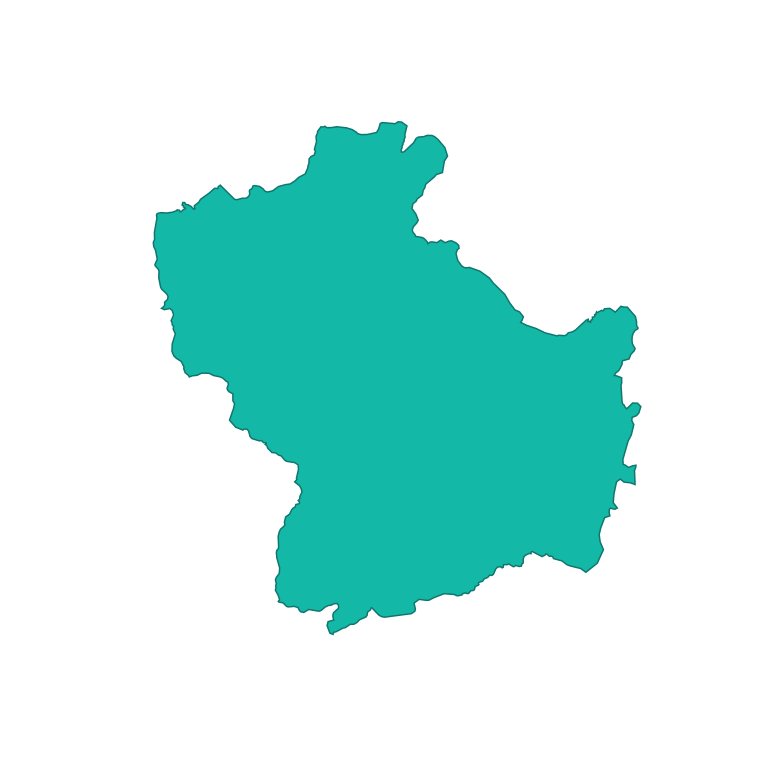 outline of Walikale, Nord-Kivu, Democratic Republic of the Congo, rotated 289°
{"feature_id": "63176286B33968238717987", "entity_name": "Walikale", "entity_type": "district", "adm_level": 2, "iso_a3": "COD", "parent_name": "Democratic Republic of the Congo", "parent_adm1": "Nord-Kivu", "projection": "orthographic", "projection_center": [28.228, -1.084], "detail": "fine", "context": "isolated", "style": "filled", "palette": "teal", "viewbox_px": 768, "rotation_deg": 289, "n_neighbors": 0, "source": "geoboundaries", "source_scale": "gbopen_adm2", "svg_char_len": 6171}
<svg xmlns="http://www.w3.org/2000/svg" viewBox="0 0 768 768"><g transform="rotate(289 384 384)"><path d="M299.5,249.7L294.9,257.7L294.5,265.6L295.7,266.2L296.7,269.0L295.6,271.1L290.7,274.5L289.4,276.9L289.6,284.2L290.5,286.9L289.3,289.2L290.0,291.2L289.7,292.1L288.2,291.3L287.6,293.2L285.3,295.1L282.7,300.4L283.6,303.9L282.4,307.8L282.6,310.1L279.7,314.9L279.2,317.1L280.6,325.3L279.7,328.7L279.0,329.4L275.1,331.0L266.3,331.9L265.3,332.8L262.4,331.4L260.1,337.6L257.9,339.9L255.1,341.6L250.5,341.1L247.8,341.7L245.9,340.8L244.9,342.5L243.8,342.8L242.9,342.4L241.4,339.9L238.9,340.1L236.9,338.4L235.1,337.7L230.2,337.1L226.3,334.3L220.9,334.8L218.9,336.1L217.6,336.0L213.1,333.5L210.4,333.1L205.6,333.5L195.7,337.4L193.9,337.7L191.6,336.8L189.6,337.1L184.7,339.3L176.3,345.1L174.3,345.8L170.6,346.6L166.3,345.2L163.5,345.1L160.1,347.2L157.9,347.3L156.6,348.1L153.6,348.5L150.0,352.5L146.7,355.1L145.7,355.5L144.1,354.8L143.6,355.5L144.2,359.8L142.1,364.1L142.0,365.9L144.5,371.5L144.7,375.4L142.4,377.7L141.5,379.5L141.9,382.5L146.3,386.3L148.0,396.5L149.3,398.2L154.1,401.1L156.6,403.7L157.5,405.9L159.9,408.1L161.1,410.9L160.1,412.9L158.1,413.8L156.8,413.8L151.4,410.8L149.3,410.8L147.3,411.5L144.4,413.3L141.1,408.5L137.1,408.8L130.9,413.9L130.6,417.3L132.9,417.3L134.1,419.3L139.9,424.7L141.0,426.7L145.8,430.3L147.0,433.7L149.6,436.0L153.2,437.7L157.9,442.8L159.8,443.3L163.1,442.7L166.0,444.7L168.0,444.7L168.5,445.3L163.9,454.2L163.3,457.1L163.6,460.2L175.8,484.7L179.1,487.1L181.4,487.0L186.6,483.7L191.8,487.3L193.2,494.3L194.3,497.0L198.1,500.6L205.3,509.1L207.9,519.2L207.5,521.5L208.0,523.2L209.9,526.3L211.1,526.5L212.8,528.5L213.0,531.2L213.5,532.1L216.9,533.5L217.8,535.6L218.9,536.4L222.4,536.2L224.3,538.6L225.4,539.0L226.1,538.2L227.2,538.2L229.7,541.5L232.5,542.2L234.9,545.1L237.5,546.0L238.2,548.4L239.6,549.4L245.7,549.9L247.9,551.1L249.2,553.7L248.6,555.5L249.5,556.4L252.1,555.9L253.3,559.3L254.5,560.5L253.4,565.3L253.5,566.2L255.4,567.9L255.4,571.1L256.5,573.2L259.1,573.0L260.0,573.9L264.1,572.6L266.4,572.6L268.2,573.6L270.8,576.1L271.5,578.3L272.6,577.8L273.6,578.1L273.8,579.4L272.3,589.6L274.3,591.7L276.0,592.5L276.2,593.3L275.0,596.3L275.8,598.6L275.6,599.8L274.1,601.1L274.7,609.7L272.7,615.9L272.6,619.3L273.6,629.9L271.7,636.2L284.0,644.0L298.8,645.4L305.2,639.7L311.7,636.5L318.2,635.8L329.5,636.1L332.8,640.5L336.0,638.6L339.1,637.9L340.2,638.4L340.7,643.0L342.7,645.0L346.5,639.3L355.1,637.2L367.2,635.7L371.0,638.3L369.4,642.9L370.8,649.1L370.7,654.1L383.8,649.0L386.9,649.2L389.2,648.7L387.6,645.7L385.0,642.8L384.9,641.6L385.8,638.8L385.9,636.3L390.5,634.4L409.3,633.4L416.5,634.4L426.9,633.4L430.1,630.2L433.2,629.5L436.3,633.1L439.6,634.4L446.2,634.2L448.4,630.0L447.0,625.3L439.6,621.6L440.6,619.5L442.1,618.1L442.9,616.1L445.6,614.5L460.0,608.5L462.5,608.4L467.3,606.6L467.4,599.9L467.0,598.9L469.7,599.4L473.0,601.6L475.7,602.1L480.4,602.7L482.5,601.9L483.8,602.2L487.5,607.6L492.2,607.7L496.9,609.8L499.2,609.9L502.6,606.0L505.9,604.3L509.8,603.2L513.0,603.1L516.5,604.0L518.6,605.9L519.6,606.0L521.3,603.9L525.3,602.4L529.7,599.7L535.9,588.9L534.8,585.6L534.6,582.7L527.3,579.4L529.0,572.8L526.9,568.0L524.5,567.4L524.5,565.8L520.9,562.3L521.4,561.5L518.5,561.4L518.2,560.6L516.9,561.3L515.3,560.3L515.1,559.3L512.7,560.0L511.8,558.9L509.6,559.2L510.2,557.6L509.3,556.7L511.7,556.0L510.2,554.4L497.2,547.4L494.7,545.2L492.3,541.5L490.0,540.6L488.6,539.3L486.9,533.2L485.8,532.0L484.8,519.6L486.0,509.7L485.9,499.7L486.8,493.1L488.8,493.8L492.9,493.9L496.3,488.7L496.7,483.7L501.5,476.6L508.1,469.0L515.0,454.5L518.5,449.2L521.9,437.9L522.0,426.6L520.9,425.0L520.2,421.7L521.0,418.9L524.7,413.7L528.6,411.0L530.9,409.6L534.8,409.6L536.6,410.8L539.4,409.5L540.9,406.1L541.4,401.2L540.2,398.8L537.5,395.8L538.6,390.9L534.9,388.0L534.0,383.0L533.1,381.3L530.9,379.8L532.4,378.7L534.3,375.2L535.0,372.8L533.9,365.8L535.5,364.4L536.9,361.9L538.8,360.6L541.9,360.5L547.4,362.7L550.1,363.0L555.1,358.8L559.1,353.2L563.8,352.7L567.3,354.9L569.7,355.1L575.2,358.7L579.7,358.0L582.7,358.7L586.4,358.4L596.4,364.3L599.1,365.3L602.9,370.4L614.5,368.5L620.1,369.9L627.4,364.5L632.8,355.4L634.3,351.4L634.6,348.6L633.2,344.0L630.8,341.0L628.6,336.0L626.6,334.4L621.8,333.5L610.0,327.3L608.9,325.1L610.3,324.1L613.8,324.1L614.8,323.5L616.5,324.0L617.8,323.6L619.9,324.0L622.2,323.4L624.2,323.6L626.7,322.5L635.5,321.7L637.4,315.4L636.5,311.9L633.8,309.9L630.6,297.2L629.1,295.6L623.5,295.9L619.4,295.1L614.6,287.2L612.4,281.4L612.1,277.6L613.0,276.2L614.2,271.0L614.0,265.2L611.8,255.4L609.5,251.2L607.7,246.4L608.5,244.3L607.1,242.7L606.7,240.7L601.5,239.0L598.9,239.4L596.1,239.1L591.0,241.3L583.2,241.8L581.5,243.5L577.9,243.5L575.3,240.9L572.4,239.9L568.0,241.2L565.3,241.1L563.7,241.6L557.0,241.1L551.6,236.1L546.7,233.4L542.5,230.0L540.4,225.9L536.4,220.0L530.3,215.7L527.6,211.4L527.5,208.8L529.2,206.0L530.3,202.0L529.5,197.0L528.6,195.7L525.7,195.5L524.0,194.0L522.6,193.9L520.2,195.1L517.6,195.1L514.8,193.2L513.6,189.7L510.3,184.8L510.0,182.5L518.7,164.4L516.5,163.0L514.8,163.2L513.9,160.1L507.8,156.7L498.9,150.4L495.7,149.8L490.9,146.7L489.6,147.0L488.2,148.2L487.3,146.9L489.0,144.0L489.7,140.5L489.2,138.2L490.7,136.5L490.1,134.7L487.5,134.8L486.9,136.4L486.1,136.7L485.8,138.7L485.1,139.1L483.8,137.6L481.2,136.3L480.5,135.3L481.7,134.0L481.3,131.7L480.4,131.5L477.7,128.3L474.9,122.8L473.4,117.3L471.8,114.7L470.9,113.9L469.6,113.9L466.9,115.3L452.4,117.6L446.2,120.0L442.7,119.8L439.2,121.4L435.8,124.6L428.1,129.0L422.3,128.5L421.2,129.3L419.2,133.0L417.5,134.5L411.0,136.5L403.1,141.1L401.4,142.7L398.1,149.8L396.1,151.5L393.2,151.7L390.0,149.9L387.4,150.9L385.5,150.6L383.1,149.0L382.8,152.2L385.7,156.9L384.6,159.7L381.6,162.1L380.0,162.6L374.5,162.1L372.7,163.9L371.0,164.5L369.7,166.5L367.5,166.7L363.4,170.4L353.0,170.7L345.8,172.9L342.2,176.1L340.7,179.2L339.3,185.0L335.1,189.2L333.1,189.8L329.9,192.4L328.5,196.3L327.3,197.6L329.4,200.2L331.4,204.5L334.8,207.9L337.2,215.0L336.5,220.1L337.4,226.9L337.1,229.7L335.2,233.9L335.1,235.6L333.0,237.0L328.8,237.0L327.1,238.3L326.2,240.2L325.5,244.3L318.9,246.6L316.8,249.1L312.1,249.7L299.5,249.7Z" fill="#14b8a6" stroke="#0f766e" stroke-width="1.5"/></g></svg>